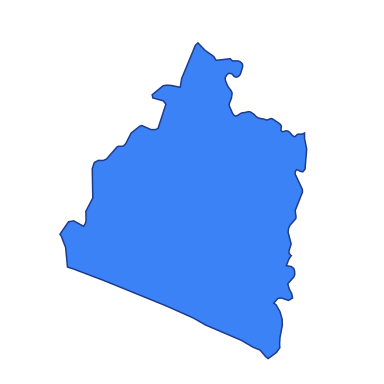 outline of Landes, rotated 282°
{"feature_id": "FRA-5313", "entity_name": "Landes", "entity_type": "Metropolitan department", "adm_level": 1, "iso_a3": "FRA", "parent_name": "France", "parent_adm1": "", "projection": "equal_earth", "projection_center": [-0.514, 44.01], "detail": "fine", "context": "isolated", "style": "filled", "palette": "blue", "viewbox_px": 384, "rotation_deg": 282, "n_neighbors": 0, "source": "natural_earth", "source_scale": "10m", "svg_char_len": 2139}
<svg xmlns="http://www.w3.org/2000/svg" viewBox="0 0 384 384"><g transform="rotate(282 192 192)"><path d="M44.9,301.1L46.2,298.4L51.5,291.5L52.8,284.2L57.2,270.9L64.7,232.9L69.0,219.6L75.4,189.5L87.1,124.1L92.1,91.7L92.7,85.8L111.5,79.9L122.1,73.0L123.2,71.6L137.2,77.4L139.2,82.3L135.9,93.1L139.1,94.2L142.1,94.3L151.1,92.2L165.5,96.2L194.0,89.6L200.5,90.3L203.4,93.7L204.4,98.7L206.5,101.5L220.5,109.3L221.4,110.5L222.2,114.2L222.9,115.5L225.5,117.1L237.0,120.2L245.5,127.2L246.6,129.1L244.5,139.0L245.6,143.7L247.4,145.6L272.5,148.2L275.2,144.9L275.8,134.2L278.8,132.8L289.9,141.6L291.4,145.6L291.9,149.8L292.0,158.7L300.9,158.3L336.1,164.8L339.1,166.8L333.2,175.4L329.1,185.1L325.8,188.2L330.3,201.6L328.7,204.2L329.8,210.1L329.4,212.1L328.2,214.2L326.6,215.2L325.0,215.5L318.8,215.0L317.4,214.8L316.0,214.2L315.1,213.7L314.3,212.9L313.6,211.6L313.5,210.2L313.9,209.0L315.4,207.2L315.9,206.0L315.9,204.8L315.7,203.5L314.8,202.4L313.5,201.6L310.8,200.7L309.0,201.1L307.2,202.0L302.8,205.1L299.3,209.1L297.3,210.6L295.1,210.9L291.7,211.0L285.3,210.0L283.2,211.1L277.1,215.5L275.6,217.5L275.3,219.1L276.4,220.6L279.1,223.4L280.0,224.8L280.9,227.6L281.7,229.1L282.4,230.7L282.5,232.2L281.1,236.1L279.1,239.1L278.3,241.2L278.1,243.1L278.3,246.8L278.0,248.9L278.0,250.5L278.8,251.8L279.8,253.1L280.4,254.6L280.1,256.0L276.8,263.9L275.6,265.3L274.7,265.8L271.9,265.9L270.2,266.7L269.8,267.9L270.4,269.4L271.4,271.0L271.5,273.0L270.5,275.5L268.3,278.2L267.5,280.1L267.7,281.4L270.3,283.1L270.8,284.3L271.3,287.0L271.8,288.2L273.1,289.8L267.6,291.0L257.7,295.3L237.8,297.8L234.8,296.2L234.7,293.5L235.5,291.2L235.5,289.5L233.1,288.7L231.0,289.2L217.5,299.4L214.9,300.1L195.3,296.8L189.4,298.9L187.6,299.1L179.5,294.6L176.0,294.0L172.5,294.4L161.8,299.8L154.1,299.1L152.2,299.8L150.3,302.1L150.3,302.3L146.9,300.8L139.6,299.6L139.7,304.7L138.3,307.5L135.7,308.9L132.5,309.7L129.9,309.2L122.2,304.8L117.7,307.0L113.2,310.7L109.2,312.4L106.0,308.9L106.9,301.5L105.8,298.2L100.3,295.1L99.2,297.6L93.3,302.9L85.9,306.8L80.1,308.1L68.0,308.3L61.9,309.2L57.9,310.3L52.5,307.9L44.9,301.1Z" fill="#3b82f6" stroke="#1e3a8a" stroke-width="1.5"/></g></svg>